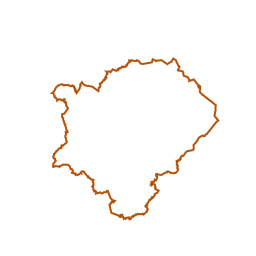 outline of Tacámbaro, Michoacán, Mexico, rotated 51°
{"feature_id": "50627088B98696498668505", "entity_name": "Tacámbaro", "entity_type": "district", "adm_level": 2, "iso_a3": "MEX", "parent_name": "Mexico", "parent_adm1": "Michoacán", "projection": "albers", "projection_center": [-101.483, 19.25], "detail": "fine", "context": "isolated", "style": "outline", "palette": "amber", "viewbox_px": 256, "rotation_deg": 51, "n_neighbors": 0, "source": "geoboundaries", "source_scale": "gbopen_adm2", "svg_char_len": 5876}
<svg xmlns="http://www.w3.org/2000/svg" viewBox="0 0 256 256"><g transform="rotate(51 128 128)"><path d="M189.4,190.8L192.5,190.1L192.6,189.7L191.1,189.8L191.5,189.5L191.5,189.0L190.8,188.5L190.9,188.2L191.5,187.9L192.1,188.0L192.0,187.2L195.9,188.5L195.9,187.4L196.2,187.0L196.8,187.0L196.7,186.7L197.1,186.6L197.1,185.3L197.4,184.5L198.3,184.3L198.2,183.6L199.7,184.0L200.0,184.2L200.2,183.9L199.9,183.5L200.3,182.6L199.3,181.1L199.6,180.5L199.5,179.8L200.1,179.6L199.8,179.0L200.1,178.7L199.8,178.4L200.5,177.1L200.1,176.5L200.6,176.2L200.5,175.7L200.8,175.4L200.9,174.5L201.4,174.3L201.5,173.8L202.1,173.7L202.8,172.3L204.0,171.3L203.9,170.4L205.0,170.3L204.9,166.4L204.7,165.8L204.0,165.5L203.9,164.3L203.6,163.7L202.6,163.7L200.7,162.8L200.1,163.1L200.4,163.5L200.2,163.8L199.5,163.4L199.7,162.7L199.2,161.9L199.7,161.3L199.1,161.1L199.0,160.6L198.6,160.2L198.4,158.7L197.2,156.4L198.0,155.8L197.5,154.9L197.8,154.4L197.3,153.9L197.6,153.5L196.9,152.7L197.7,152.2L197.5,151.6L197.7,151.1L197.2,150.2L196.9,149.9L197.0,149.4L196.2,148.6L196.7,145.8L195.9,143.6L192.6,145.2L191.4,143.9L191.0,144.2L189.3,142.8L188.6,142.8L187.3,143.5L187.3,145.1L186.8,144.6L186.0,145.0L186.0,145.3L185.5,144.6L185.3,143.5L184.8,143.4L185.6,142.4L185.6,141.9L186.2,141.5L185.0,139.5L186.3,139.1L185.8,138.0L184.6,136.2L183.1,135.8L182.9,136.2L181.6,135.3L182.0,134.3L182.9,134.0L185.5,131.7L186.1,127.6L186.5,126.3L187.0,125.8L186.5,125.3L186.5,124.8L187.7,123.6L189.6,123.2L190.2,122.3L191.2,121.9L192.3,120.3L192.3,119.8L192.7,119.5L192.9,118.3L192.4,116.2L191.6,114.9L190.6,115.2L189.6,114.6L189.2,114.0L189.4,113.6L188.6,112.9L187.3,113.3L186.8,112.5L185.9,112.2L185.8,111.7L184.6,111.1L185.4,110.7L185.2,110.0L184.6,109.8L184.6,109.1L185.5,108.4L185.4,107.5L184.8,107.1L184.6,106.8L184.9,106.4L184.2,106.2L183.7,105.0L183.6,103.5L184.0,103.4L184.4,102.6L183.7,99.6L183.2,98.4L183.4,96.3L185.9,91.7L185.9,90.3L182.5,87.8L181.8,83.2L180.1,79.1L180.7,74.9L182.1,74.1L182.6,73.4L181.9,71.8L182.3,70.6L178.9,55.3L179.0,53.1L173.7,53.2L172.4,52.8L171.6,51.3L170.2,50.0L169.4,48.8L166.5,46.6L165.6,45.4L160.6,46.5L159.9,46.3L159.2,46.8L150.1,48.9L148.8,49.4L147.8,49.2L146.3,49.6L144.8,49.3L142.9,47.1L141.1,46.0L140.5,46.4L140.4,46.8L140.7,47.5L140.0,47.4L139.7,47.2L139.6,46.5L139.9,46.0L137.7,46.5L131.7,46.3L130.0,50.8L129.5,50.1L126.2,49.6L122.6,51.8L120.8,51.1L119.7,50.0L118.6,49.9L115.6,52.0L115.0,52.9L114.4,52.9L113.0,49.4L111.5,49.5L110.9,49.8L109.5,49.1L107.3,48.8L105.7,48.1L102.5,49.1L103.8,52.6L103.6,52.7L103.1,57.3L96.3,59.3L94.0,63.0L93.6,63.2L93.7,64.1L90.2,65.4L90.4,66.0L92.1,68.0L87.6,76.2L85.9,77.6L82.4,77.6L80.9,78.5L81.1,79.4L79.3,81.4L77.4,82.7L78.0,84.0L77.1,84.3L76.1,83.9L76.4,84.2L76.1,84.5L77.7,85.4L77.5,87.2L78.3,88.6L78.0,88.8L77.9,89.5L79.0,90.2L78.9,91.1L78.4,92.3L77.7,92.4L77.9,93.3L76.5,94.1L77.1,96.0L76.1,96.7L76.0,97.0L76.2,97.8L75.9,98.3L76.3,98.5L75.9,98.8L76.1,99.9L76.3,99.9L76.1,100.1L76.3,101.1L72.8,103.0L73.7,106.4L72.3,106.7L71.4,108.6L70.6,109.3L72.3,109.3L72.5,110.2L73.1,110.2L73.1,110.8L74.1,113.3L75.4,113.1L75.5,113.7L75.2,113.7L75.0,114.2L75.4,114.4L75.3,115.1L75.7,115.1L76.0,115.7L76.0,116.5L75.4,116.6L75.6,117.4L75.5,117.6L75.9,118.5L75.9,119.3L76.5,120.2L75.7,121.8L76.6,122.5L77.4,122.5L78.0,123.1L78.5,124.3L78.2,125.2L80.7,127.8L74.3,129.5L73.9,129.4L69.9,132.7L69.2,133.6L66.6,135.0L63.4,135.0L64.0,136.2L63.7,136.9L63.9,137.2L64.5,138.1L65.4,138.2L66.0,139.9L66.9,140.6L68.4,145.8L66.8,145.1L66.7,145.9L66.1,145.7L65.9,145.1L65.5,145.4L64.6,145.2L64.2,144.7L64.2,144.3L63.4,144.1L63.2,144.2L63.3,144.4L62.4,144.5L61.9,143.8L61.4,143.8L60.9,144.2L60.2,144.1L59.7,144.9L60.0,145.6L59.2,146.5L56.8,147.4L56.1,148.7L54.8,149.9L54.7,150.9L54.2,151.3L52.8,151.4L51.5,153.7L51.3,155.5L51.0,155.6L51.2,158.3L53.1,162.7L53.2,164.8L53.5,164.4L54.5,164.3L55.6,164.6L56.6,164.6L57.6,165.3L57.6,165.6L58.5,165.5L59.1,165.0L60.7,165.3L61.2,165.1L62.1,165.8L62.2,163.7L63.2,162.4L64.3,162.5L65.0,162.1L65.0,161.4L65.4,160.7L65.2,159.8L65.6,159.3L66.2,161.1L66.8,160.9L67.5,161.1L67.2,160.8L67.4,160.5L68.0,160.9L68.1,160.5L68.5,160.9L69.4,160.1L70.2,161.0L71.0,161.2L71.2,161.8L72.6,162.1L74.9,162.1L76.8,168.3L75.8,170.5L76.6,171.0L77.9,172.4L79.6,172.2L80.7,173.2L82.6,173.6L83.3,174.1L84.2,174.3L84.7,174.8L85.9,174.6L85.9,174.8L86.8,175.4L88.6,175.9L90.8,177.1L91.6,177.0L93.0,177.5L92.3,178.3L92.5,179.1L92.3,179.2L92.8,179.6L93.6,179.5L94.7,181.8L95.6,182.4L96.9,182.7L98.8,183.9L100.0,184.1L100.6,184.7L100.7,189.3L100.0,190.1L100.9,190.5L100.8,191.2L100.3,191.0L100.2,191.2L100.9,191.5L101.1,192.8L101.4,192.8L100.9,193.9L100.5,194.1L100.9,196.5L100.5,196.2L101.0,196.9L100.9,198.6L101.5,199.6L101.4,200.1L101.8,201.2L101.6,201.9L102.8,202.9L103.3,204.3L103.9,204.6L104.8,204.7L106.0,204.0L106.6,204.8L108.1,204.8L108.8,208.6L111.1,210.6L111.6,210.0L111.8,208.6L113.9,206.4L115.0,205.8L114.6,205.1L115.1,204.8L115.5,201.6L118.9,197.7L121.3,197.4L123.9,198.5L124.7,197.5L125.5,197.4L126.6,197.8L127.5,198.7L127.4,199.5L127.8,199.8L129.9,197.8L130.1,198.1L131.4,198.2L131.3,197.4L132.9,196.8L133.3,193.4L134.0,192.9L132.8,192.4L132.7,190.8L134.5,189.6L135.0,190.1L139.9,189.8L140.2,189.4L140.6,189.5L140.9,190.1L141.7,190.1L142.0,189.4L142.9,189.1L143.5,189.3L144.5,189.1L145.2,188.6L145.2,188.3L146.6,187.6L146.7,188.6L147.4,188.9L147.7,189.4L148.2,189.2L148.8,189.3L150.3,190.7L151.0,190.9L151.0,191.2L150.6,191.3L150.9,191.7L150.9,192.6L153.0,192.7L153.9,193.6L155.4,194.1L155.3,193.8L156.0,193.0L156.6,193.5L157.4,192.8L158.2,193.3L158.8,194.2L159.1,193.5L158.9,193.2L159.9,192.0L160.5,190.0L162.5,189.5L162.8,188.7L162.7,187.2L164.1,185.5L163.6,183.9L164.1,183.3L171.0,185.6L174.2,185.5L174.5,185.8L175.1,185.5L175.3,184.7L176.3,184.0L176.7,186.1L175.2,187.4L175.5,188.7L175.9,188.8L176.2,190.1L175.9,190.4L175.6,190.2L175.2,190.1L178.1,191.8L183.5,194.3L189.4,190.8Z" fill="none" stroke="#b45309" stroke-width="2"/></g></svg>